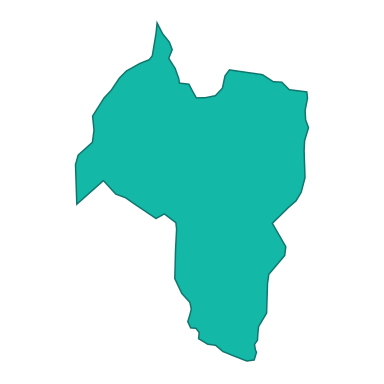 Mingala, Basse-Kotto, Central African Republic (orthographic projection)
{"feature_id": "33826404B71517620333215", "entity_name": "Mingala", "entity_type": "district", "adm_level": 2, "iso_a3": "CAF", "parent_name": "Central African Republic", "parent_adm1": "Basse-Kotto", "projection": "orthographic", "projection_center": [21.601, 5.165], "detail": "fine", "context": "isolated", "style": "filled", "palette": "teal", "viewbox_px": 384, "rotation_deg": 0, "n_neighbors": 0, "source": "geoboundaries", "source_scale": "gbopen_adm2", "svg_char_len": 1104}
<svg xmlns="http://www.w3.org/2000/svg" viewBox="0 0 384 384"><path d="M272.3,223.3L288.4,207.5L296.0,200.9L301.2,192.2L305.0,177.7L304.1,150.7L304.6,140.7L308.5,127.7L305.6,119.8L305.1,110.4L307.5,98.2L306.8,91.9L289.3,89.7L281.8,82.2L273.2,81.7L262.5,74.7L229.4,69.9L225.0,75.9L222.4,88.2L215.4,95.7L205.5,97.7L196.3,97.9L192.6,91.3L188.9,84.2L179.4,83.1L178.8,78.7L175.1,68.4L168.7,58.3L172.2,49.7L169.4,42.2L162.6,33.8L157.1,23.0L156.0,33.6L152.3,55.8L149.4,59.6L139.8,63.5L126.4,71.0L119.4,78.1L111.3,90.2L104.1,97.9L92.6,116.1L94.0,130.2L92.4,142.3L78.2,155.1L75.5,164.6L76.8,204.2L103.4,180.6L115.8,194.1L125.7,197.8L132.9,202.9L156.0,218.5L164.3,213.9L175.9,222.7L176.6,229.1L175.5,250.7L174.8,278.6L181.8,293.4L189.9,302.4L191.3,309.2L189.9,314.7L187.8,321.7L190.7,327.9L195.9,328.3L199.2,332.5L198.6,338.7L207.7,344.2L215.6,345.3L222.9,351.5L233.9,356.0L246.8,361.0L254.2,360.0L256.5,352.2L255.5,350.2L254.5,344.5L257.5,340.1L257.8,334.2L258.6,326.5L266.6,313.1L267.5,283.7L268.8,274.3L284.7,255.5L285.8,246.7L276.6,230.8L272.3,223.3Z" fill="#14b8a6" stroke="#0f766e" stroke-width="1.5"/></svg>